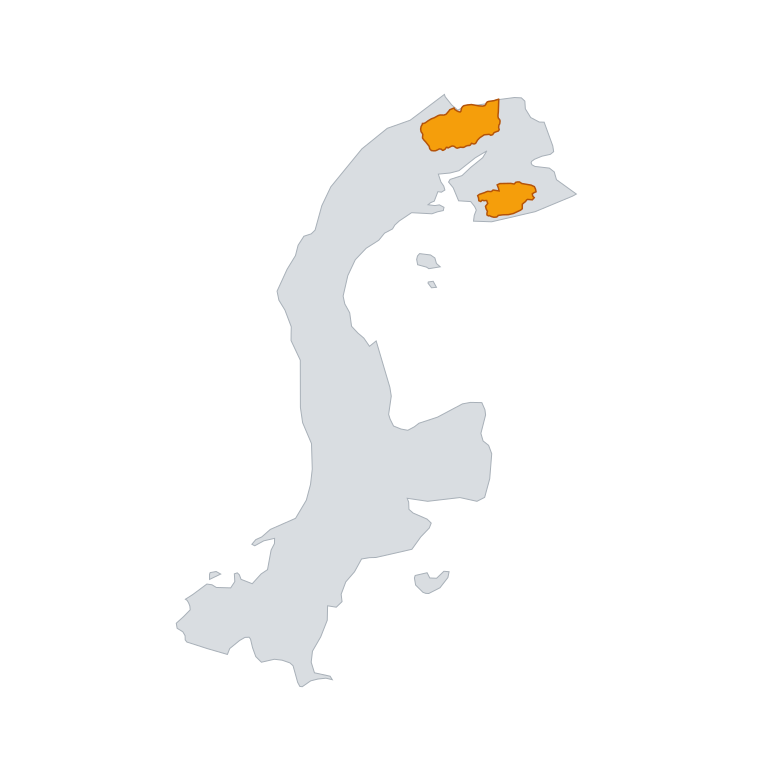 location of Emberá within Panama, rotated 287°
{"feature_id": "PAN-3455", "entity_name": "Emberá", "entity_type": "Indigenous Territory", "adm_level": 1, "iso_a3": "PAN", "parent_name": "Panama", "parent_adm1": "", "projection": "mercator", "projection_center": [-77.827, 8.183], "detail": "fine", "context": "in_parent", "style": "filled", "palette": "amber", "viewbox_px": 768, "rotation_deg": 287, "n_neighbors": 0, "source": "natural_earth", "source_scale": "10m", "svg_char_len": 5191}
<svg xmlns="http://www.w3.org/2000/svg" viewBox="0 0 768 768"><g transform="rotate(287 384 384)"><path d="M678.6,357.1L676.6,358.5L670.7,367.1L667.4,374.5L675.1,382.2L677.4,390.4L681.7,399.4L688.5,408.3L696.1,425.0L697.8,431.7L695.7,436.0L688.5,438.7L681.7,446.4L679.9,455.9L681.2,460.6L661.0,475.8L655.8,478.3L652.3,476.0L648.0,468.4L642.9,462.2L640.1,460.1L638.5,460.0L636.9,461.4L636.2,464.7L638.8,479.0L636.6,484.8L629.8,489.2L621.9,512.4L618.8,509.4L593.0,478.2L570.6,439.5L565.9,422.0L571.7,421.0L577.3,421.4L580.3,418.7L583.8,413.6L581.0,401.8L591.9,392.8L596.0,386.7L599.0,387.4L606.1,397.7L616.5,403.6L629.2,412.2L637.0,414.2L627.1,405.2L609.9,393.3L605.1,385.5L600.6,374.6L593.9,379.3L590.7,383.3L587.3,385.5L584.2,382.8L583.7,379.3L573.6,378.6L571.0,375.5L568.3,373.7L569.5,380.5L571.5,384.6L570.5,389.7L567.2,390.0L564.3,384.8L560.8,380.1L555.9,360.3L544.5,351.0L539.2,347.9L534.8,346.8L528.4,340.4L520.0,337.0L508.5,327.2L494.4,320.2L477.1,317.7L456.1,319.2L449.1,323.1L444.3,328.1L442.0,330.4L429.7,336.1L425.0,344.3L422.0,351.3L415.8,359.1L422.9,363.9L382.5,390.6L374.5,394.5L356.3,397.3L352.2,400.1L346.6,405.4L345.9,413.5L346.7,420.3L352.0,425.6L356.7,428.9L367.9,444.8L387.9,464.8L391.7,472.1L394.8,483.0L388.8,488.1L384.1,490.2L365.1,491.1L358.5,495.4L355.9,502.0L348.8,507.4L324.3,512.8L305.0,513.4L299.0,507.2L297.6,489.8L284.6,460.1L281.5,439.6L278.3,442.1L271.4,444.5L269.1,449.6L267.4,464.7L264.8,469.8L259.5,469.4L248.6,463.9L234.1,459.0L215.7,426.9L213.7,420.9L210.1,413.7L195.8,410.7L183.6,405.3L170.4,404.5L163.6,407.5L156.6,403.6L155.4,394.9L141.5,398.8L123.6,397.4L107.6,393.7L96.7,395.7L87.5,401.9L88.8,417.9L86.1,421.0L85.7,414.5L82.5,407.0L78.7,400.7L70.6,394.3L70.2,391.9L73.4,388.7L88.0,379.4L89.8,375.5L90.1,367.3L88.7,359.6L82.1,348.1L85.8,341.1L93.4,335.4L101.1,330.9L102.4,329.0L101.0,325.1L96.5,320.9L85.9,313.8L79.6,313.3L79.3,292.7L79.6,270.9L81.2,268.7L85.1,267.4L88.2,264.1L89.9,257.6L94.5,255.3L102.9,260.3L111.4,264.7L115.0,263.2L117.6,261.1L119.5,259.0L120.1,257.0L126.9,262.8L140.9,273.1L141.7,278.2L140.4,283.1L144.2,297.0L151.4,299.1L158.7,296.4L160.5,298.9L159.2,301.5L155.4,304.4L154.5,316.4L166.4,322.0L172.4,326.9L192.2,324.6L199.4,325.9L204.4,324.5L198.9,314.9L191.5,307.7L192.1,304.5L197.7,306.9L202.0,311.8L211.7,317.8L229.7,338.7L250.2,343.7L266.5,343.1L281.6,340.3L305.8,332.1L323.2,317.5L337.2,310.9L382.3,297.0L398.4,282.4L405.2,280.4L411.6,278.6L425.8,267.6L433.4,259.0L441.5,254.6L465.4,257.8L480.9,261.8L491.6,261.3L501.9,264.2L506.3,270.5L511.0,273.1L536.3,272.4L557.0,275.5L602.4,294.1L629.5,312.4L643.9,331.9L678.6,357.1ZM223.5,501.1L217.6,501.7L205.5,497.1L196.7,488.0L196.0,485.1L196.2,482.1L201.0,473.0L207.4,469.8L210.0,469.8L216.1,480.4L211.9,484.5L213.6,491.1L222.4,496.0L223.5,501.1ZM514.6,398.9L512.5,403.5L507.4,393.2L508.2,390.5L507.9,381.3L512.7,378.8L516.2,378.6L519.1,379.9L521.0,390.8L519.4,395.8L514.6,398.9ZM155.6,278.3L154.5,283.4L146.1,274.3L151.1,272.8L152.8,272.9L155.6,278.3ZM496.6,401.0L491.8,405.9L489.9,401.3L493.3,396.6L494.5,396.5L496.6,401.0Z" fill="#d9dde1" stroke="#a8b0b8" stroke-width="1"/><path d="M668.4,370.2L667.2,371.4L666.3,374.7L666.3,377.2L667.3,377.8L670.5,377.5L672.3,378.1L673.5,379.0L675.2,382.1L676.8,385.9L677.7,393.3L678.6,397.2L679.8,399.1L681.2,399.6L682.6,399.7L684.0,400.3L684.8,401.4L687.1,406.3L689.9,410.4L689.8,410.5L677.6,413.8L675.4,414.2L673.1,414.8L671.6,415.7L671.0,416.7L670.2,417.7L669.0,418.2L666.6,418.6L665.9,418.4L665.2,418.2L662.9,418.6L660.9,419.8L659.4,419.4L657.4,416.7L656.4,415.7L654.2,415.0L653.1,413.4L653.5,411.6L651.6,407.0L647.5,403.6L644.5,402.1L641.3,401.4L640.2,400.6L639.7,399.1L639.8,398.2L639.8,397.4L639.2,397.1L638.6,397.0L637.5,396.5L636.8,395.5L636.8,394.9L636.6,394.6L635.9,393.4L635.2,392.6L634.2,391.7L633.5,390.8L633.1,389.4L632.8,387.9L630.9,385.0L631.0,384.1L631.1,383.3L631.5,382.5L631.8,381.4L631.7,380.2L631.2,379.1L628.5,376.3L628.5,375.7L628.8,375.2L628.5,374.4L627.3,374.1L626.3,373.7L624.9,372.4L624.6,371.9L624.6,371.5L625.3,370.2L625.0,368.2L623.6,366.8L622.2,365.2L621.5,363.3L621.1,361.0L622.4,358.9L624.5,357.7L627.7,353.1L629.0,350.8L630.5,348.9L632.1,348.5L633.9,348.2L635.1,347.1L636.1,345.7L638.5,344.5L641.1,344.2L643.4,344.7L644.4,344.6L644.5,345.2L645.1,346.2L645.9,347.2L648.6,349.2L651.5,351.8L653.3,354.2L656.6,357.4L657.7,359.1L658.7,362.7L660.1,364.5L664.2,366.3L665.5,366.7L668.3,370.1L668.4,370.2ZM591.5,418.5L593.3,419.8L596.5,424.3L597.6,425.5L598.6,426.9L599.3,430.1L600.3,431.0L601.4,431.6L602.3,437.6L604.9,436.1L607.5,434.0L609.5,436.1L612.9,446.5L613.3,450.0L614.4,450.6L615.4,451.0L616.3,452.7L616.8,454.5L616.4,456.0L616.0,457.0L617.2,466.5L616.7,470.1L614.7,471.9L612.3,473.2L610.8,471.5L609.2,470.2L607.2,471.3L606.1,473.2L603.5,472.0L602.5,467.3L601.6,466.5L599.9,466.0L598.2,464.8L596.4,463.7L592.0,465.0L590.1,463.7L584.9,457.9L582.3,453.4L580.6,448.3L578.6,443.9L577.8,443.7L576.7,443.0L576.1,441.7L575.6,440.3L575.5,437.8L575.8,435.6L575.3,434.6L575.8,433.0L577.5,432.5L579.4,432.4L581.3,430.5L583.6,429.1L587.0,430.4L589.5,428.5L589.1,427.3L588.5,426.0L588.6,425.0L588.4,424.0L586.8,423.2L587.0,421.1L589.7,419.9L591.5,418.5Z" fill="#f59e0b" stroke="#b45309" stroke-width="1.5"/></g></svg>